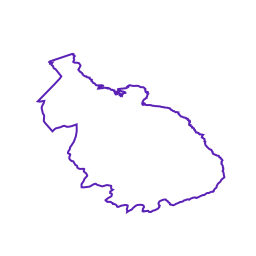 the district of Grýtubakkahreppur, Norðurland eystra, Iceland, rotated 158°
{"feature_id": "244011B60639573794911", "entity_name": "Grýtubakkahreppur", "entity_type": "district", "adm_level": 2, "iso_a3": "ISL", "parent_name": "Iceland", "parent_adm1": "Norðurland eystra", "projection": "robinson", "projection_center": [-18.134, 65.987], "detail": "fine", "context": "isolated", "style": "outline", "palette": "violet", "viewbox_px": 256, "rotation_deg": 158, "n_neighbors": 0, "source": "geoboundaries", "source_scale": "gbopen_adm2", "svg_char_len": 5759}
<svg xmlns="http://www.w3.org/2000/svg" viewBox="0 0 256 256"><g transform="rotate(158 128 128)"><path d="M152.2,217.6L175.6,219.0L176.4,218.7L176.1,218.0L175.5,217.6L175.5,217.4L175.7,217.2L175.4,217.1L175.6,216.9L174.9,216.8L175.1,216.7L174.8,216.7L174.8,216.3L174.6,216.3L175.1,216.0L175.2,215.9L175.3,215.6L175.1,215.4L175.2,214.7L174.6,214.2L174.3,213.5L174.5,211.7L174.3,210.9L173.2,209.9L170.5,200.9L172.5,199.5L180.0,196.0L201.6,186.5L199.9,185.5L195.5,184.5L196.8,182.7L199.2,180.7L200.6,179.0L201.5,173.2L201.1,172.1L201.2,170.6L203.5,165.9L202.7,162.9L199.3,153.2L196.4,154.4L195.0,154.7L190.1,154.0L187.8,154.2L185.9,153.7L184.4,152.1L182.2,151.3L179.3,150.8L174.3,150.6L176.7,144.3L179.5,139.8L183.4,135.5L189.2,131.5L189.8,130.2L191.9,128.8L192.6,128.1L193.1,127.1L192.9,126.7L191.6,125.6L191.5,125.1L191.8,124.5L193.1,123.3L193.9,121.6L193.5,120.1L193.1,119.2L192.5,118.3L191.5,117.9L191.2,117.3L190.6,113.3L189.7,112.5L189.4,111.8L189.8,110.3L189.5,109.7L188.7,108.7L187.8,108.0L184.2,106.7L184.0,106.4L185.2,104.5L185.2,104.0L183.8,101.6L183.6,99.5L183.7,99.0L184.1,98.7L187.4,97.2L188.9,95.5L192.0,93.4L192.7,92.0L193.2,90.4L191.2,89.5L186.2,88.2L185.2,88.0L181.1,88.7L178.8,88.4L178.4,87.5L177.8,86.8L173.7,83.5L168.9,83.0L165.4,80.8L165.3,80.5L166.1,78.8L166.2,77.8L166.1,77.4L165.2,76.4L168.3,75.7L168.9,74.4L167.8,73.4L167.7,72.7L167.9,72.4L169.0,70.9L172.6,70.5L175.8,69.6L176.0,69.2L175.8,68.9L174.7,67.7L174.8,67.2L172.1,66.2L171.6,65.8L171.0,64.6L170.3,64.2L170.4,63.2L169.3,62.7L168.1,61.6L167.5,60.4L167.6,59.3L166.8,58.5L163.5,58.5L159.8,57.8L157.8,56.8L157.3,56.3L157.7,55.4L159.4,53.4L159.6,53.0L159.5,52.0L160.4,50.4L158.1,50.8L155.1,51.0L152.9,52.1L149.5,53.1L147.8,53.0L145.1,52.1L143.3,51.1L142.6,50.0L142.8,48.6L144.3,47.6L144.9,46.7L144.9,46.3L145.6,45.5L145.4,45.2L145.0,45.4L144.5,45.2L144.6,44.7L140.6,43.8L140.2,43.5L140.1,42.5L139.2,41.9L138.1,41.6L135.9,42.0L134.0,41.7L130.5,42.0L128.9,42.8L128.6,43.0L128.6,43.5L127.7,44.0L127.8,44.8L128.1,45.3L128.1,46.3L127.9,46.8L126.7,47.9L125.4,48.3L122.5,48.3L120.8,48.0L119.8,47.5L119.6,46.5L118.6,45.3L118.6,44.7L118.2,43.7L117.7,43.3L117.7,42.9L117.4,42.5L117.7,41.5L117.1,40.8L116.2,40.5L115.5,39.7L114.9,39.4L113.1,39.4L112.0,39.7L109.1,39.6L107.5,39.9L105.8,39.4L104.5,39.4L103.4,39.8L99.2,39.5L98.2,38.6L96.6,39.0L93.9,39.0L92.3,38.7L91.3,38.2L91.1,37.6L90.4,37.4L84.7,37.8L83.2,37.7L82.8,37.3L81.8,37.4L80.4,37.9L78.9,38.0L77.9,37.7L77.5,37.4L75.9,37.6L74.1,37.5L72.9,37.0L72.1,37.4L72.1,37.8L70.6,38.9L68.1,39.8L67.6,40.9L65.4,42.7L62.8,43.5L60.3,45.3L57.9,45.9L57.0,46.4L56.8,48.4L56.2,50.4L56.2,51.9L56.4,52.7L55.7,53.0L55.3,53.6L55.3,54.1L54.9,54.6L54.9,55.2L54.7,55.3L54.8,55.7L54.3,57.8L54.8,59.9L54.0,60.8L53.9,61.1L54.1,61.3L53.8,61.9L52.5,62.7L52.8,63.9L53.5,64.9L53.3,65.9L54.3,66.6L54.3,68.2L55.8,69.1L56.5,70.0L57.2,70.4L57.6,71.1L58.6,71.9L58.9,72.7L58.6,73.2L58.8,73.7L58.5,74.3L58.8,75.1L58.8,76.1L59.0,76.7L59.6,77.0L60.9,78.7L61.0,79.2L61.8,80.8L61.9,81.6L62.5,82.7L62.4,84.7L62.2,84.9L61.9,86.0L61.6,86.2L62.1,86.7L62.2,87.0L61.5,87.7L61.2,89.1L61.8,89.8L62.0,90.4L63.1,91.6L62.6,92.4L61.6,93.1L61.7,93.4L61.1,93.6L63.0,94.9L63.8,95.1L64.3,95.8L64.1,96.2L64.8,96.9L64.8,97.2L65.4,97.8L66.6,98.3L66.6,99.4L66.8,99.6L66.6,100.9L67.3,101.6L67.0,103.0L68.4,104.3L68.2,104.6L68.4,104.8L68.1,105.3L69.2,106.5L68.9,107.3L69.9,107.6L70.1,107.9L69.6,109.3L68.4,110.2L68.8,110.8L68.1,111.0L68.0,111.7L69.5,113.0L69.6,113.4L69.2,114.1L69.9,114.4L69.9,114.8L70.3,115.3L70.7,115.3L71.2,116.2L72.7,117.1L73.3,118.0L74.5,118.8L75.0,120.0L75.4,120.5L75.3,121.6L75.9,122.1L75.9,122.6L75.4,123.6L75.9,123.8L77.2,124.7L78.1,124.9L78.9,126.3L80.1,127.1L80.4,127.9L81.2,128.7L81.2,129.0L81.7,129.4L81.7,130.4L84.3,132.3L86.3,133.2L87.0,133.9L88.6,134.7L90.5,136.2L91.6,136.6L93.0,137.5L94.3,137.9L96.0,139.1L97.2,139.6L98.4,140.8L101.9,142.2L103.2,142.9L103.8,143.6L103.3,144.4L103.6,144.7L103.5,144.3L104.1,143.7L104.8,143.8L104.6,144.1L104.2,144.1L104.7,144.1L104.9,143.9L105.6,144.1L105.8,145.0L105.5,145.7L104.0,147.2L103.5,147.2L103.9,147.3L103.8,147.5L102.5,148.4L99.7,148.9L99.8,149.2L98.6,150.0L97.7,151.3L96.7,152.0L97.0,152.2L97.2,152.9L96.2,153.6L96.2,154.1L97.0,154.5L98.1,154.7L98.0,156.2L97.3,157.5L97.6,157.8L97.4,158.0L97.6,158.4L98.4,160.0L101.1,161.2L102.3,162.8L103.2,163.5L107.6,165.1L110.3,167.0L111.5,167.1L112.6,166.8L111.9,166.3L112.6,165.8L114.8,165.6L122.5,167.8L123.1,166.6L122.3,166.5L122.3,166.2L121.7,165.9L120.0,164.3L117.9,162.9L117.3,162.1L117.2,161.6L117.8,161.6L118.2,162.1L119.5,162.0L120.4,161.1L121.5,161.1L121.4,160.4L121.7,159.8L122.0,160.0L121.8,160.2L121.9,160.4L122.8,160.3L123.0,161.0L123.4,161.5L122.6,162.1L121.8,162.2L121.9,162.6L123.4,163.5L126.3,163.5L126.6,163.7L126.4,164.1L126.8,164.5L125.9,164.9L126.3,165.3L125.3,165.6L123.2,165.4L126.6,166.3L127.1,167.0L126.6,167.6L126.5,168.0L127.8,168.7L128.1,169.3L129.4,169.7L129.9,171.0L130.4,171.6L130.8,171.9L131.8,172.0L133.1,173.2L134.0,173.4L133.3,173.5L134.5,174.1L137.4,174.6L137.7,175.0L137.7,175.3L139.8,175.2L140.7,175.6L140.2,175.9L140.4,176.3L140.1,176.6L139.4,176.9L136.8,176.6L136.2,176.8L135.5,176.4L135.3,176.6L136.0,177.3L141.3,179.4L141.6,179.7L142.1,181.6L143.5,183.0L143.7,184.7L144.3,185.5L143.5,186.2L145.0,187.9L145.2,188.6L144.8,189.1L147.0,190.4L147.3,190.9L147.2,191.4L148.2,191.8L149.4,193.2L149.9,194.6L149.8,195.0L150.1,195.4L150.0,196.1L150.6,196.8L150.9,197.9L151.6,198.3L151.8,199.3L151.8,199.8L152.2,200.7L149.0,203.2L148.6,204.0L149.2,206.5L150.5,207.5L152.9,208.5L154.0,209.6L154.0,209.9L153.5,210.4L152.4,211.2L152.2,211.9L152.2,213.0L152.0,213.5L150.4,214.6L150.5,215.2L151.4,215.7L151.4,216.5L150.9,216.9L151.2,217.3L152.2,217.6ZM124.0,164.2L124.6,164.2L124.3,164.0L124.0,164.2Z" fill="none" stroke="#5b21b6" stroke-width="2"/></g></svg>